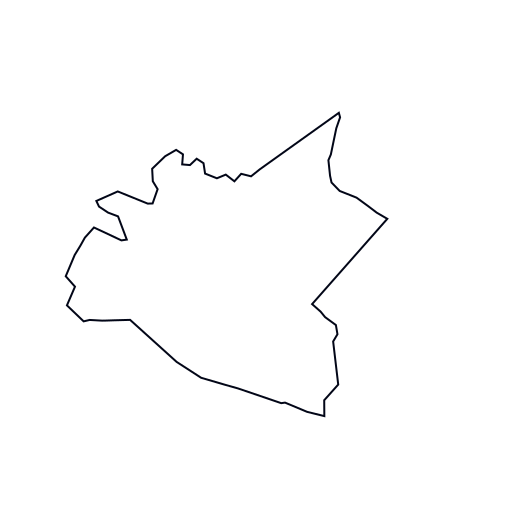 outline of Abala, Tillabéri, Niger, rotated 131°
{"feature_id": "23599985B96366222257755", "entity_name": "Abala", "entity_type": "district", "adm_level": 2, "iso_a3": "NER", "parent_name": "Niger", "parent_adm1": "Tillabéri", "projection": "mercator", "projection_center": [3.603, 15.017], "detail": "fine", "context": "isolated", "style": "outline", "palette": "ink", "viewbox_px": 512, "rotation_deg": 131, "n_neighbors": 0, "source": "geoboundaries", "source_scale": "gbopen_adm2", "svg_char_len": 990}
<svg xmlns="http://www.w3.org/2000/svg" viewBox="0 0 512 512"><g transform="rotate(131 256 256)"><path d="M93.6,287.4L188.1,310.0L199.1,312.0L203.7,321.1L213.8,321.3L214.4,332.2L223.0,336.5L227.2,348.5L220.4,356.5L221.5,364.6L230.7,365.5L235.3,371.8L227.2,377.8L228.3,385.9L240.3,390.0L258.3,391.6L267.3,382.9L270.1,374.1L284.2,368.5L287.5,372.1L298.0,402.7L319.2,412.6L321.7,406.9L320.3,396.1L316.6,386.1L328.4,364.3L332.5,367.8L340.8,397.0L354.4,397.2L363.5,395.3L374.2,393.5L396.1,386.3L397.9,372.5L417.3,366.3L418.4,343.2L413.4,339.6L405.8,329.8L404.3,328.1L397.7,321.0L386.8,309.1L388.0,246.4L383.9,217.5L373.6,195.1L367.8,182.8L350.5,140.4L347.6,137.9L340.1,115.2L332.0,99.4L320.1,109.9L299.1,109.6L269.9,141.7L261.6,143.2L255.7,150.4L256.8,163.8L255.6,170.7L255.5,182.1L141.8,181.3L144.1,193.4L144.8,204.3L146.0,218.4L152.0,235.5L151.0,247.2L146.9,252.7L136.2,264.2L130.3,266.1L116.4,273.9L106.9,279.2L96.2,283.5L93.6,287.4Z" fill="none" stroke="#020617" stroke-width="2"/></g></svg>